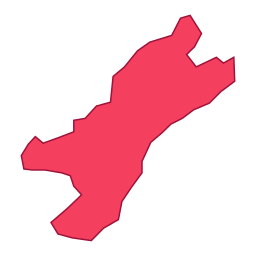 Kapedes, Nicosia, Cyprus
{"feature_id": "46923920B21212315805199", "entity_name": "Kapedes", "entity_type": "district", "adm_level": 2, "iso_a3": "CYP", "parent_name": "Cyprus", "parent_adm1": "Nicosia", "projection": "equal_earth", "projection_center": [33.253, 34.968], "detail": "fine", "context": "isolated", "style": "filled", "palette": "rose", "viewbox_px": 256, "rotation_deg": 0, "n_neighbors": 0, "source": "geoboundaries", "source_scale": "gbopen_adm2", "svg_char_len": 706}
<svg xmlns="http://www.w3.org/2000/svg" viewBox="0 0 256 256"><path d="M234.7,81.2L233.8,57.3L223.4,63.1L216.4,57.3L196.2,66.9L186.6,54.5L194.5,46.8L201.5,33.5L190.1,15.4L180.5,18.2L171.7,35.4L149.9,42.1L137.6,50.7L124.5,66.9L113.1,76.4L110.5,102.2L96.5,106.0L85.1,118.4L73.8,120.3L73.8,131.8L58.9,137.5L43.1,143.2L35.3,136.6L28.3,144.2L21.3,155.6L23.9,169.0L32.6,170.0L44.9,170.0L61.5,172.8L70.3,175.7L73.8,186.2L81.6,194.8L67.6,208.2L51.0,222.5L58.0,234.0L72.0,237.8L91.3,240.6L103.5,228.2L118.4,219.6L121.9,201.5L131.5,187.2L142.0,172.8L142.0,161.4L150.8,142.3L162.1,132.7L170.9,124.1L182.2,118.4L193.6,109.8L209.4,103.1L220.7,91.7L234.7,81.2Z" fill="#f43f5e" stroke="#9f1239" stroke-width="1.5"/></svg>